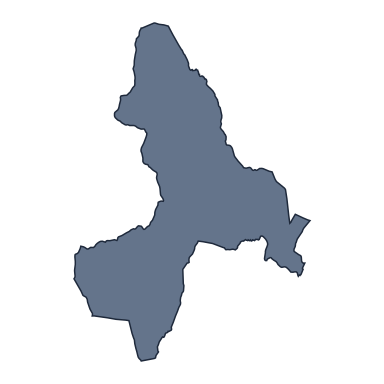 Ninh Son, Ninh Thuận, Vietnam (Equal Earth projection)
{"feature_id": "81297802B88768197538102", "entity_name": "Ninh Son", "entity_type": "district", "adm_level": 2, "iso_a3": "VNM", "parent_name": "Vietnam", "parent_adm1": "Ninh Thuận", "projection": "equal_earth", "projection_center": [108.74, 11.71], "detail": "fine", "context": "isolated", "style": "filled", "palette": "slate", "viewbox_px": 384, "rotation_deg": 0, "n_neighbors": 0, "source": "geoboundaries", "source_scale": "gbopen_adm2", "svg_char_len": 5970}
<svg xmlns="http://www.w3.org/2000/svg" viewBox="0 0 384 384"><path d="M141.2,28.0L140.9,28.8L139.9,30.6L139.5,31.6L139.3,32.7L139.2,35.0L139.0,35.7L138.7,36.3L136.4,38.8L136.2,40.6L135.4,42.9L135.2,43.9L135.2,45.3L136.1,48.4L136.2,50.5L135.3,54.5L134.6,58.8L134.3,60.9L134.2,65.3L133.1,68.8L134.1,71.8L135.0,76.5L135.1,78.3L134.8,80.6L134.9,83.2L134.7,85.4L134.5,85.9L132.7,87.8L130.3,91.9L129.4,92.9L128.8,93.2L127.5,94.7L126.5,95.3L124.0,95.4L121.2,95.9L120.8,96.2L120.3,97.6L120.6,99.0L120.5,100.6L119.5,104.4L119.1,106.6L118.6,108.4L117.9,109.8L114.9,112.4L114.5,113.6L114.5,115.7L114.7,116.6L115.3,117.7L117.5,119.8L118.2,120.3L120.1,121.1L121.8,122.8L125.2,124.8L126.2,125.0L127.5,124.7L128.1,124.8L129.6,125.5L133.6,125.5L134.3,125.6L135.7,126.2L137.5,127.7L141.1,129.1L143.7,129.0L144.2,129.1L144.6,129.5L145.8,132.0L146.5,132.7L146.8,133.3L146.7,135.0L146.0,137.3L143.7,143.4L141.5,147.7L141.0,149.9L141.1,151.4L141.9,153.4L142.9,158.0L142.9,161.4L143.4,162.5L144.3,163.6L145.8,164.3L147.7,164.6L148.0,164.9L148.9,166.7L149.3,167.0L150.3,167.5L151.3,168.6L153.2,170.3L155.7,171.8L156.5,172.4L156.9,173.0L157.2,174.5L156.8,176.2L156.6,177.3L156.6,178.2L156.8,179.1L157.7,182.1L159.6,186.5L160.0,188.5L160.5,194.3L160.8,195.4L162.9,198.5L163.5,200.2L163.5,200.8L163.2,201.3L161.2,201.1L160.3,201.3L158.3,202.2L158.1,202.7L157.9,205.2L155.6,209.6L154.9,212.2L154.7,215.1L152.5,220.2L150.6,222.4L150.0,224.4L149.2,225.7L147.4,226.6L145.1,228.9L144.5,229.3L143.9,229.4L143.4,229.1L141.6,226.5L141.2,226.2L138.6,225.8L137.6,226.4L135.7,228.7L134.7,229.1L133.7,228.8L133.2,228.9L131.1,229.8L129.3,231.4L126.5,232.8L122.0,235.5L118.5,236.9L117.9,237.6L117.4,239.7L116.9,240.5L114.5,239.7L109.9,240.7L107.2,240.6L106.3,241.0L105.4,242.2L102.3,241.2L100.4,241.4L98.7,242.3L97.2,243.4L95.8,244.8L94.8,246.4L93.5,247.5L90.6,247.4L88.5,248.8L87.9,249.0L86.9,248.9L84.7,247.4L83.4,246.8L80.8,246.2L80.3,248.3L78.5,252.4L77.2,253.6L75.4,254.3L75.0,254.9L74.9,257.0L75.3,261.4L75.3,264.5L74.6,270.0L74.6,271.2L75.1,276.2L74.8,277.5L74.0,278.8L81.0,291.0L83.0,295.4L84.4,296.3L85.7,296.9L86.2,297.4L87.2,299.3L87.6,302.1L89.5,307.7L90.1,309.3L92.4,313.4L92.5,314.2L92.2,316.0L94.1,315.9L107.6,317.8L116.0,319.3L125.6,320.1L128.9,320.6L132.1,333.5L133.5,337.7L134.4,339.9L134.8,343.7L135.9,348.4L136.8,351.5L137.7,355.3L138.2,357.1L139.1,358.5L140.7,360.0L141.2,361.0L152.7,358.8L154.6,358.4L155.5,357.9L156.0,355.5L158.5,351.9L157.9,351.1L157.4,346.8L158.4,344.6L159.2,342.0L162.2,337.3L162.7,336.9L163.4,337.3L164.0,337.1L164.7,335.8L165.4,333.6L165.7,333.2L167.6,332.4L168.1,331.3L168.7,331.5L171.1,330.3L171.4,329.9L171.6,329.3L171.3,327.1L173.3,322.2L175.5,316.0L177.5,311.2L178.8,307.5L180.1,305.0L180.5,304.1L180.6,302.7L180.3,301.1L180.3,299.9L180.7,297.1L181.4,295.6L181.8,293.7L182.1,292.9L183.1,291.8L183.5,290.9L183.9,285.7L183.3,283.6L182.8,269.4L187.1,263.1L188.3,262.9L189.1,262.4L188.9,259.4L189.3,257.5L190.0,256.6L192.5,254.0L194.1,250.4L194.6,248.9L194.7,247.6L194.9,246.6L195.6,245.4L197.4,243.0L198.2,241.1L203.0,241.7L212.6,243.5L223.7,247.7L224.4,247.8L225.6,249.6L226.1,249.7L227.8,249.5L229.9,249.7L232.4,249.2L233.6,249.3L235.3,249.9L237.0,248.5L237.5,247.7L237.6,246.2L240.1,243.2L240.5,242.0L242.0,241.2L242.7,241.0L243.7,241.1L244.1,240.5L244.6,240.4L245.4,239.6L246.5,240.3L247.3,240.2L247.8,240.6L248.1,240.3L248.6,240.3L248.6,240.1L249.3,240.6L249.7,240.7L250.3,240.1L250.4,240.6L251.2,240.8L251.5,240.6L251.8,240.9L252.5,239.9L253.1,240.3L253.9,240.1L254.6,240.6L255.8,239.3L257.1,239.5L257.6,239.4L258.1,239.8L258.2,239.5L259.2,239.5L260.6,236.3L261.8,236.0L262.7,236.3L263.6,237.0L265.5,239.0L266.7,240.8L267.4,242.5L267.7,244.2L267.2,246.1L265.7,249.9L265.4,251.3L265.4,252.7L264.5,258.5L264.7,259.6L265.1,260.3L265.5,260.6L266.7,260.6L267.3,259.2L267.7,258.9L270.2,257.6L271.1,257.7L271.9,258.7L273.8,260.2L276.1,261.6L277.0,262.7L278.0,264.5L280.1,266.5L281.0,267.1L281.8,267.3L284.6,266.8L285.5,267.0L286.4,267.4L288.5,269.3L290.9,272.1L293.0,272.2L295.1,271.8L296.5,272.0L297.3,272.9L297.8,275.1L298.3,276.3L299.2,275.1L300.0,275.4L300.1,274.9L300.8,274.7L301.2,274.0L303.1,269.3L302.9,269.0L302.5,268.9L302.5,268.0L304.8,263.1L303.7,263.1L303.3,263.3L301.9,261.9L301.6,261.0L301.3,257.0L300.8,255.8L300.2,255.4L298.8,254.7L294.2,251.5L293.9,250.3L294.1,249.0L295.2,246.5L295.4,245.5L295.5,244.0L295.8,242.9L296.2,242.3L297.1,239.4L297.6,238.5L302.2,231.7L302.9,229.7L303.8,228.1L310.0,220.6L307.7,219.9L303.0,217.9L295.3,214.3L291.8,220.3L290.9,222.2L289.8,223.3L288.7,215.3L286.9,198.8L285.5,189.7L285.2,189.1L284.3,188.0L276.7,181.8L276.0,180.9L274.9,178.9L272.1,171.9L269.1,171.2L263.2,168.7L261.8,168.4L259.6,168.5L257.3,170.1L256.7,170.3L256.0,170.3L255.4,169.8L254.8,169.7L253.4,170.4L252.8,170.3L252.2,169.8L250.8,168.0L249.9,167.5L249.3,167.4L246.1,168.2L243.6,167.7L242.6,166.1L238.1,161.1L235.2,157.3L234.4,156.0L232.4,148.8L231.8,147.5L230.6,146.0L230.0,145.6L229.2,145.3L226.8,145.0L226.4,144.7L226.2,144.3L225.4,141.3L225.4,140.9L226.0,139.8L226.1,136.7L225.2,134.5L224.7,134.2L223.4,131.7L221.1,129.1L220.5,128.1L220.4,127.2L221.4,123.9L220.8,122.0L220.8,121.3L221.1,119.7L221.7,118.0L221.8,115.5L220.2,108.0L220.0,107.5L219.0,106.4L218.7,105.9L218.3,104.1L218.3,103.0L217.5,100.6L217.5,99.9L215.1,96.2L214.9,95.4L214.9,94.4L214.7,94.0L212.9,91.0L210.3,88.3L208.4,86.7L206.7,84.8L206.4,84.2L206.6,82.4L206.8,81.9L206.9,81.3L206.5,80.3L206.4,79.7L206.0,79.5L206.0,79.3L205.5,78.9L204.6,78.9L204.4,78.0L204.2,77.8L203.9,77.2L203.6,77.1L203.2,76.6L202.8,76.6L202.6,76.1L201.6,76.0L201.0,76.4L200.0,76.3L199.1,74.7L199.4,74.3L198.7,74.0L198.4,72.0L198.0,71.3L197.6,70.1L196.8,70.0L196.2,69.2L195.7,69.4L195.3,70.2L195.1,70.3L192.7,70.6L192.3,69.6L191.7,69.7L191.0,70.2L190.6,70.2L189.8,69.4L188.5,65.9L188.5,63.3L187.2,59.8L184.7,54.8L183.7,53.8L182.1,50.1L181.6,49.8L178.8,45.3L172.7,34.5L168.3,26.1L163.9,24.9L159.0,24.3L155.2,23.1L154.1,23.0L142.0,28.1L141.2,28.0Z" fill="#64748b" stroke="#1e293b" stroke-width="1.5"/></svg>